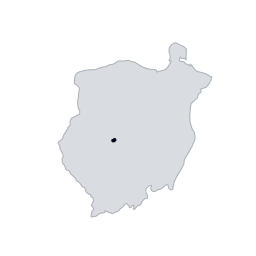 location of Adamus, Mures, Romania, rotated 289°
{"feature_id": "2599482B10213033465232", "entity_name": "Adamus", "entity_type": "district", "adm_level": 2, "iso_a3": "ROU", "parent_name": "Romania", "parent_adm1": "Mures", "projection": "orthographic", "projection_center": [24.206, 46.308], "detail": "fine", "context": "in_parent", "style": "filled", "palette": "ink", "viewbox_px": 256, "rotation_deg": 289, "n_neighbors": 0, "source": "geoboundaries", "source_scale": "gbopen_adm2", "svg_char_len": 4181}
<svg xmlns="http://www.w3.org/2000/svg" viewBox="0 0 256 256"><g transform="rotate(289 128 128)"><path d="M193.3,141.5L195.6,144.3L198.4,145.8L204.8,147.1L205.4,146.9L205.4,146.6L205.0,146.2L204.9,145.6L205.2,144.9L206.0,144.8L207.5,145.3L210.1,144.3L214.0,141.7L217.6,140.9L221.0,142.1L222.9,143.7L224.1,145.2L223.9,147.1L223.7,148.3L223.2,153.4L222.7,155.3L221.8,157.4L211.5,160.6L212.1,159.4L211.8,157.3L211.2,155.7L212.1,154.2L209.7,153.9L208.8,154.7L208.0,156.1L208.9,159.2L207.9,161.0L207.5,162.0L207.6,164.3L207.0,165.4L206.9,166.5L208.6,166.1L207.9,168.1L205.0,172.1L204.0,174.5L204.7,183.5L203.6,189.0L203.6,190.6L200.2,190.8L199.2,190.8L195.9,190.1L192.3,188.9L190.0,186.2L188.6,184.2L185.6,185.3L185.0,185.1L184.1,184.1L181.8,183.6L179.0,183.7L172.5,180.3L171.8,179.7L166.8,180.5L159.4,182.5L153.7,184.9L147.9,189.0L145.6,192.1L142.8,193.7L138.9,195.0L131.8,194.6L124.4,193.2L116.4,191.6L112.2,192.5L106.4,191.8L97.7,189.8L91.2,189.2L84.8,190.2L83.7,189.3L83.5,188.3L83.8,186.9L84.7,185.8L86.2,185.0L87.1,184.1L87.2,183.2L85.4,181.7L81.9,179.7L80.5,178.4L80.1,178.1L80.1,177.0L79.3,176.1L78.0,175.5L76.9,174.3L76.2,172.6L76.4,171.1L77.5,169.6L78.9,169.0L80.6,169.2L81.3,168.8L81.0,167.8L79.4,166.4L76.5,164.8L73.4,165.6L70.2,168.8L68.0,169.3L66.7,167.0L64.3,165.6L60.8,165.1L58.7,164.2L57.9,162.8L56.4,161.8L53.1,160.6L53.1,159.6L53.6,159.3L54.8,159.3L56.4,159.1L56.7,158.6L56.8,158.0L55.5,157.3L54.3,156.8L53.6,156.3L53.2,155.8L53.1,155.3L53.5,154.9L54.0,154.9L54.6,154.6L54.9,153.4L55.6,152.4L56.1,152.1L56.1,151.4L55.6,150.6L54.9,150.0L53.9,149.6L50.8,148.4L49.2,146.9L48.3,146.8L46.8,146.0L45.1,144.6L43.8,142.8L42.2,141.5L41.9,141.0L41.8,140.6L42.2,140.1L42.2,139.5L41.8,137.7L42.2,135.9L42.2,134.1L42.2,133.3L41.9,133.1L41.6,133.3L41.2,133.6L40.9,133.7L39.8,132.3L38.4,129.7L37.5,128.7L35.6,127.5L34.1,126.4L33.0,124.1L31.9,122.4L32.8,121.7L37.4,121.0L39.4,122.0L40.4,121.7L41.4,121.0L41.9,120.4L42.0,119.7L42.5,118.9L44.1,118.6L48.1,119.2L49.8,118.1L50.5,117.5L50.9,116.1L51.4,115.0L52.8,114.5L52.8,113.4L52.7,112.3L53.6,109.8L54.2,108.8L55.0,108.5L56.0,107.7L57.8,106.2L57.4,104.7L57.8,103.7L59.7,101.2L61.1,98.7L61.1,97.5L61.4,96.4L62.6,95.3L63.9,93.7L65.7,89.0L66.3,88.2L67.4,87.3L68.3,86.4L68.4,83.2L69.2,82.3L70.7,81.3L72.2,79.7L73.4,77.8L74.3,76.9L75.5,76.7L76.8,75.9L78.3,75.7L79.6,76.1L80.5,75.9L81.9,75.0L85.4,71.5L85.9,70.7L86.6,70.3L89.4,69.1L90.1,67.9L91.0,66.8L92.3,66.9L96.2,69.6L100.5,69.5L101.3,69.6L101.5,69.7L102.1,69.9L107.8,71.3L108.7,71.1L108.9,71.0L111.2,72.2L113.2,72.0L115.1,71.2L117.2,71.0L119.0,71.4L120.4,73.0L124.1,76.3L125.2,77.6L126.9,77.4L128.7,76.7L130.5,74.5L136.2,71.8L140.6,71.1L144.9,70.0L149.8,69.2L151.2,67.1L151.9,65.6L152.4,63.0L155.0,62.1L157.5,61.5L158.4,61.2L160.2,61.0L161.7,61.2L163.9,62.4L165.5,64.0L166.2,65.3L167.6,67.0L169.0,69.6L170.7,72.9L171.1,74.6L171.8,76.5L173.0,78.7L175.3,81.1L175.6,81.6L176.7,83.3L178.8,87.2L180.5,88.7L182.0,90.3L182.7,92.0L183.8,93.5L186.3,95.5L188.3,97.2L190.1,102.6L191.4,105.0L192.1,106.9L192.0,110.7L192.5,112.4L191.8,115.4L190.5,121.6L190.3,126.4L190.7,129.0L190.8,130.7L191.3,131.7L191.8,133.9L192.0,135.8L191.4,136.4L190.6,136.9L190.3,137.3L191.1,138.1L192.2,139.7L193.3,141.5Z" fill="#d9dde1" stroke="#a8b0b8" stroke-width="1"/><path d="M113.4,119.3L113.3,119.0L113.2,119.0L113.3,119.0L113.3,118.9L113.3,118.7L113.3,118.4L113.2,118.4L112.9,118.4L112.7,118.3L112.4,118.4L112.5,118.3L112.6,118.2L112.4,118.0L112.4,117.9L112.2,117.8L111.9,117.8L111.8,117.7L111.9,117.4L111.8,117.2L111.7,117.1L111.4,117.0L111.4,116.9L111.2,116.9L111.2,117.0L111.0,117.3L110.9,117.3L110.9,117.5L111.0,117.6L110.9,117.6L110.7,117.7L110.6,117.8L110.6,117.7L110.4,117.8L110.4,117.7L110.2,117.7L110.2,117.8L110.3,117.8L110.5,117.9L110.5,118.0L110.6,118.3L110.6,118.5L110.5,118.8L110.7,119.0L110.8,119.0L110.8,119.3L110.8,119.5L110.8,119.4L110.8,119.5L111.0,119.7L111.2,119.4L111.2,119.5L111.2,119.4L111.3,119.4L111.5,119.3L111.6,119.5L111.8,119.7L111.8,119.8L111.7,119.8L111.8,119.8L112.0,119.9L112.2,120.0L112.3,120.0L112.5,120.2L112.6,120.3L112.7,120.2L112.8,120.2L112.9,119.9L113.0,119.8L113.1,119.7L113.2,119.4L113.3,119.3L113.4,119.3Z" fill="#0f172a" stroke="#020617" stroke-width="1.5"/></g></svg>